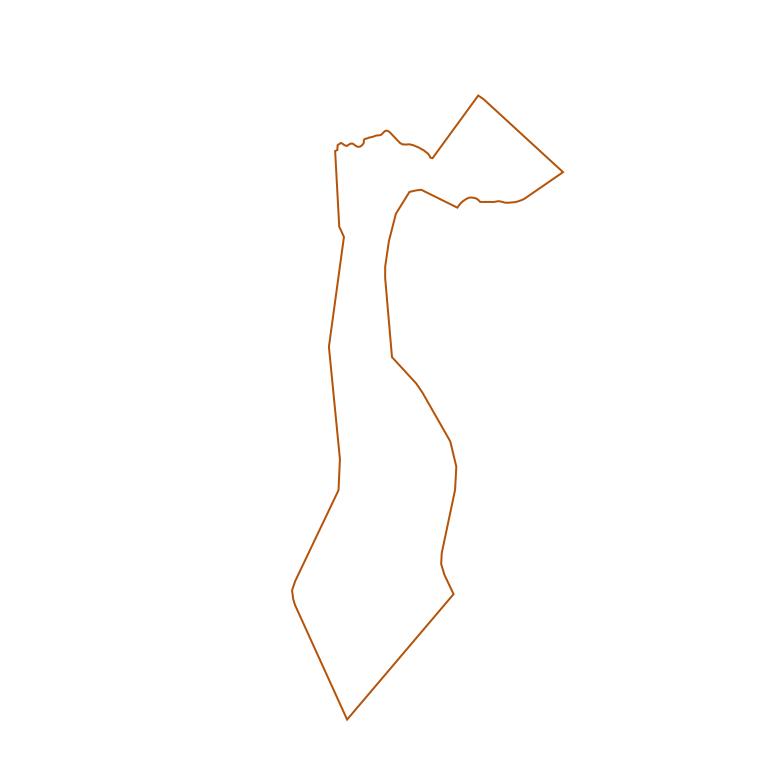 SVG path tracing the border of Al Jizah, rotated 309°
{"feature_id": "EGY-1544", "entity_name": "Al Jizah", "entity_type": "Governorate", "adm_level": 1, "iso_a3": "EGY", "parent_name": "Egypt", "parent_adm1": "", "projection": "orthographic", "projection_center": [30.712, 29.007], "detail": "fine", "context": "isolated", "style": "outline", "palette": "amber", "viewbox_px": 768, "rotation_deg": 309, "n_neighbors": 0, "source": "natural_earth", "source_scale": "10m", "svg_char_len": 1414}
<svg xmlns="http://www.w3.org/2000/svg" viewBox="0 0 768 768"><g transform="rotate(309 384 384)"><path d="M401.5,419.3L381.1,471.6L365.3,492.2L346.4,505.9L288.9,535.3L280.0,541.8L273.7,551.1L264.5,570.3L100.0,566.5L156.3,453.8L159.8,448.7L165.8,442.4L175.0,439.0L272.8,415.5L297.8,397.1L378.2,317.8L473.1,260.3L478.1,250.2L534.3,199.4L536.5,200.5L540.3,197.7L543.5,198.5L544.4,199.1L544.6,200.3L544.6,201.9L544.8,203.3L545.6,205.3L546.0,205.4L547.1,205.8L548.5,206.2L549.9,206.9L550.0,207.2L550.8,207.8L551.2,209.3L551.3,212.4L551.9,214.5L553.4,216.0L555.6,216.7L558.0,216.7L559.0,216.3L560.6,215.0L561.7,214.7L562.7,215.1L564.3,216.4L565.8,217.1L568.8,219.6L570.2,220.4L572.1,221.5L574.7,224.2L576.2,225.0L581.0,225.5L582.2,226.2L582.9,227.3L583.2,228.6L583.3,229.9L581.4,244.9L581.9,247.5L583.2,249.5L586.4,253.1L588.1,256.8L589.6,262.0L590.6,267.9L590.7,273.2L589.9,276.1L589.1,277.8L590.1,279.6L667.5,275.7L668.0,282.2L661.3,389.8L616.2,376.5L613.8,375.4L610.2,373.2L607.8,371.4L602.9,366.3L601.5,364.5L600.9,363.5L599.2,359.6L598.3,358.3L597.5,357.3L594.9,355.1L586.0,344.1L586.3,342.5L586.4,341.4L586.3,339.8L586.0,338.4L585.4,337.0L584.2,335.0L583.4,333.9L582.4,333.0L581.3,332.3L579.4,331.4L575.8,330.3L572.7,329.8L567.2,330.0L558.4,290.8L554.9,287.3L549.3,282.9L523.8,286.1L498.3,297.8L476.2,310.9L467.2,318.1L409.9,373.3L404.7,408.6L401.5,419.3Z" fill="none" stroke="#b45309" stroke-width="2"/></g></svg>